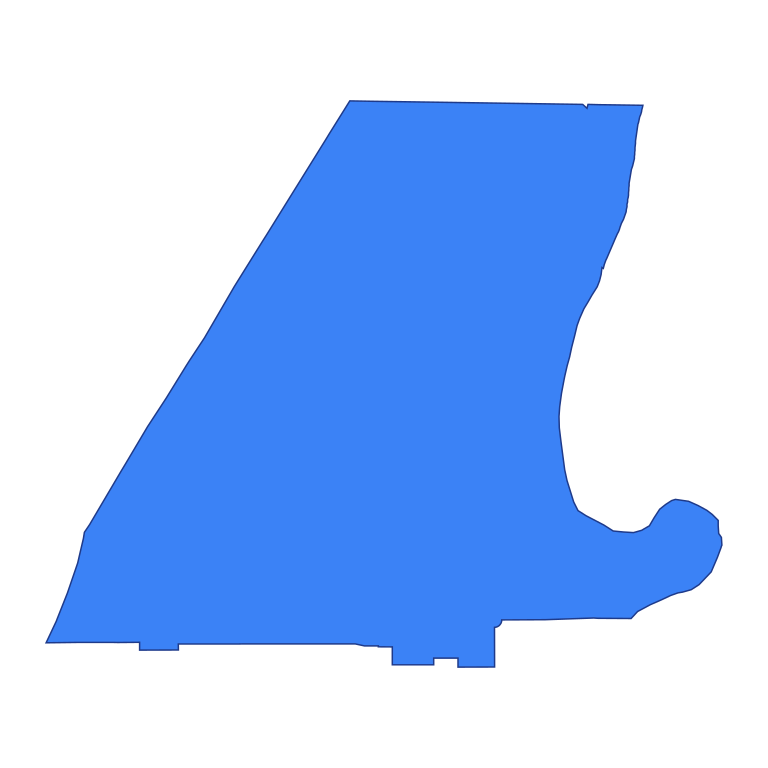 outline of Peppermint Grove, Western Australia, Australia
{"feature_id": "25037944B88199537818715", "entity_name": "Peppermint Grove", "entity_type": "district", "adm_level": 2, "iso_a3": "AUS", "parent_name": "Australia", "parent_adm1": "Western Australia", "projection": "robinson", "projection_center": [115.77, -31.999], "detail": "fine", "context": "isolated", "style": "filled", "palette": "blue", "viewbox_px": 768, "rotation_deg": 0, "n_neighbors": 0, "source": "geoboundaries", "source_scale": "gbopen_adm2", "svg_char_len": 2255}
<svg xmlns="http://www.w3.org/2000/svg" viewBox="0 0 768 768"><path d="M349.8,100.9L329.2,133.9L325.8,139.5L282.2,209.7L267.0,234.2L263.0,240.5L234.4,286.4L230.1,293.8L204.5,337.8L189.6,360.4L186.1,365.9L166.3,398.0L147.6,426.6L125.9,463.2L120.9,471.5L89.6,524.6L89.2,525.2L84.4,532.3L83.4,538.5L79.8,553.9L77.7,563.0L67.4,593.1L66.0,596.6L57.2,618.8L56.3,621.2L46.1,642.8L77.8,642.4L92.4,642.4L108.7,642.4L113.0,642.4L117.9,642.5L139.6,642.3L139.6,650.1L178.4,650.0L178.3,644.0L233.8,644.0L238.2,644.0L243.0,643.9L330.8,643.9L337.2,643.9L355.2,643.9L360.3,645.0L364.4,645.9L378.3,645.9L378.3,646.8L392.3,646.9L392.3,664.8L433.7,664.8L433.7,658.1L458.0,658.1L458.0,667.1L494.6,667.0L494.5,627.3L495.9,627.2L497.4,626.7L498.1,626.3L498.7,625.9L499.3,625.5L499.8,624.9L500.7,623.7L501.1,623.0L501.6,621.5L501.7,619.9L545.2,619.7L593.8,618.0L598.0,618.3L631.1,618.5L637.6,611.5L650.3,604.7L661.7,599.7L670.6,595.5L677.9,592.9L682.6,592.1L691.2,589.7L699.1,584.6L711.2,571.9L717.4,557.4L721.1,547.4L721.3,546.5L721.9,545.2L721.4,537.4L718.7,533.5L718.2,525.8L718.2,520.4L712.3,514.5L706.8,510.3L698.0,505.5L688.6,501.3L675.4,499.4L671.6,500.6L665.6,504.5L659.7,509.2L654.1,517.8L649.4,525.8L643.5,529.2L642.9,529.6L641.7,530.3L633.5,532.6L623.5,532.0L613.2,531.0L603.8,525.0L599.4,522.7L586.0,515.7L578.0,510.6L573.7,502.0L567.0,480.5L564.7,469.8L561.0,441.8L559.3,427.8L559.0,416.5L559.7,406.7L561.5,393.3L563.9,380.5L564.8,376.0L567.2,365.6L569.6,357.0L571.7,347.2L574.6,335.9L577.1,325.5L579.7,318.3L583.9,308.8L588.0,302.0L591.9,295.2L597.2,286.8L599.5,280.9L601.1,274.6L602.0,267.5L603.3,268.4L604.3,264.5L605.8,260.3L606.7,258.5L613.7,242.2L614.7,239.8L617.3,233.9L618.5,231.7L619.3,229.7L620.0,227.3L621.4,223.4L623.5,219.3L626.1,211.9L626.4,209.2L627.0,206.8L627.0,204.1L627.6,202.0L627.6,199.6L628.2,197.3L628.5,195.2L628.5,192.8L628.8,190.0L628.8,188.0L629.1,185.7L629.1,183.3L631.4,169.5L632.6,166.0L634.4,158.6L634.4,156.5L634.7,154.4L634.7,152.3L635.0,150.3L635.0,147.6L635.5,143.4L635.5,141.0L637.9,124.3L638.5,122.6L639.7,116.9L640.6,114.8L641.5,111.9L641.8,109.8L642.6,106.8L642.9,105.3L607.9,104.8L599.7,104.7L588.0,104.4L587.0,108.3L582.7,104.4L442.4,102.3L372.7,101.3L349.8,100.9Z" fill="#3b82f6" stroke="#1e3a8a" stroke-width="1.5"/></svg>